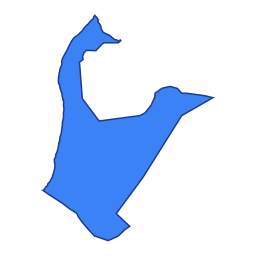 the district of Malgretoute, Soufrière, Saint Lucia
{"feature_id": "8701671B92996832063401", "entity_name": "Malgretoute", "entity_type": "district", "adm_level": 2, "iso_a3": "LCA", "parent_name": "Saint Lucia", "parent_adm1": "Soufrière", "projection": "albers", "projection_center": [-61.062, 13.843], "detail": "fine", "context": "isolated", "style": "filled", "palette": "blue", "viewbox_px": 256, "rotation_deg": 0, "n_neighbors": 0, "source": "geoboundaries", "source_scale": "gbopen_adm2", "svg_char_len": 3426}
<svg xmlns="http://www.w3.org/2000/svg" viewBox="0 0 256 256"><path d="M83.1,59.5L83.0,59.3L82.6,56.5L84.0,52.9L86.5,50.3L95.9,50.7L101.5,44.6L104.0,42.8L114.5,42.8L118.3,42.8L120.8,40.6L120.2,40.0L120.1,40.3L119.5,41.4L117.7,40.4L117.3,40.2L116.5,40.0L114.6,39.5L112.7,38.1L111.5,36.9L110.6,36.2L109.2,35.1L108.1,34.7L107.3,34.3L106.0,33.7L105.6,33.6L103.2,32.3L102.4,30.9L102.1,30.5L101.0,28.3L101.0,26.7L99.5,23.6L98.8,23.1L98.3,22.7L98.0,20.8L98.1,20.5L97.9,20.6L97.9,20.1L97.8,19.1L97.0,17.7L94.8,15.4L94.4,15.9L94.2,16.1L94.0,16.5L93.8,16.8L93.7,17.2L93.6,17.6L93.5,18.1L93.3,18.3L92.9,18.9L92.4,19.4L92.0,19.9L91.8,19.9L91.2,20.5L90.9,20.8L90.6,21.1L90.1,21.5L89.8,22.0L89.4,22.3L89.0,22.9L88.7,23.3L88.3,23.8L88.0,24.2L87.9,24.4L87.7,24.5L87.4,24.6L87.2,24.7L87.0,24.9L86.6,25.2L86.3,25.6L86.0,26.0L85.6,26.3L85.3,26.7L84.8,27.3L84.5,27.7L83.9,28.3L83.3,29.1L82.9,29.6L82.7,30.0L82.1,31.0L81.8,31.3L80.9,32.0L79.9,33.0L79.2,33.7L78.2,34.7L77.5,35.4L77.0,35.8L76.0,36.3L75.3,36.8L74.5,37.3L74.0,37.9L73.4,38.5L72.7,39.5L72.1,40.4L71.5,41.2L70.9,42.3L70.7,42.9L69.6,44.8L68.9,46.2L68.1,47.9L66.9,50.6L66.2,51.6L65.4,53.0L64.9,54.0L63.9,55.8L62.9,57.8L62.2,59.5L61.9,60.6L61.7,61.7L61.7,62.6L61.9,63.8L61.9,64.2L61.6,65.1L61.5,65.5L61.2,66.2L60.5,67.6L60.0,69.2L59.8,69.7L59.8,70.9L59.7,71.4L59.4,72.3L59.2,72.6L59.2,73.4L59.1,73.9L59.1,74.7L59.0,75.1L58.8,75.7L58.6,76.9L58.6,77.3L58.4,78.1L58.5,78.7L58.5,79.6L58.5,79.9L58.4,80.4L58.4,81.0L58.4,81.7L58.5,82.5L58.7,83.7L59.1,84.4L59.5,85.0L59.6,85.3L59.8,86.0L59.9,87.5L60.1,88.3L60.2,88.7L60.5,89.3L60.7,89.9L60.9,90.2L60.9,90.6L61.2,91.3L61.6,92.5L61.8,93.5L62.0,94.1L62.1,94.9L62.1,95.2L62.1,95.7L62.3,96.5L62.9,99.0L63.0,99.8L63.2,100.1L63.2,100.5L63.4,100.9L63.5,101.4L63.6,101.8L63.7,102.5L63.6,103.2L63.5,104.1L63.5,104.8L63.5,105.3L63.6,105.9L63.6,106.3L63.8,107.1L63.9,108.3L63.9,109.1L63.9,110.0L63.8,111.0L63.7,111.5L63.5,112.5L63.4,113.9L63.4,114.8L63.5,115.8L63.6,116.6L63.5,117.3L63.5,117.8L63.2,118.8L63.2,119.2L62.8,120.6L62.5,121.9L62.4,123.3L62.3,123.7L62.4,124.5L62.3,125.5L62.1,126.8L61.9,127.9L62.0,128.1L61.9,128.7L61.7,129.7L61.6,130.0L61.6,130.6L61.5,131.8L61.2,133.2L60.8,134.6L60.6,135.5L60.2,136.6L59.8,138.0L59.9,139.0L59.7,140.1L59.4,141.4L58.9,142.8L58.7,143.3L58.7,144.1L58.5,145.2L58.5,146.0L58.3,146.8L58.1,147.6L58.0,147.9L58.0,148.5L57.9,149.0L57.7,149.6L57.7,149.8L57.4,150.5L57.2,151.4L57.1,151.8L56.3,153.4L56.2,153.8L55.8,154.5L55.7,155.3L55.7,156.3L55.7,156.6L55.4,157.3L55.3,157.8L54.9,158.1L54.6,158.7L54.4,159.3L54.3,159.6L54.3,160.3L54.5,161.2L54.5,162.1L54.5,162.8L54.5,163.2L54.8,163.7L54.8,164.2L55.0,165.8L54.9,166.4L54.8,167.0L54.7,168.2L54.5,169.2L54.2,170.7L53.9,171.8L53.4,173.4L52.9,174.8L52.6,175.5L52.7,175.8L52.6,176.2L52.3,177.1L51.9,177.7L51.3,178.9L50.5,180.5L50.1,181.2L49.8,181.7L49.1,182.5L48.2,183.3L48.0,183.6L47.7,184.2L47.6,184.8L47.4,185.6L47.0,186.1L46.5,186.4L45.8,186.9L45.6,187.3L45.2,187.9L44.8,188.4L44.5,188.7L44.2,189.0L44.2,189.5L44.1,190.0L43.7,190.5L43.1,190.5L49.4,194.9L62.3,203.2L69.7,208.9L76.7,213.2L78.4,216.9L81.9,221.9L89.3,230.5L94.5,236.0L95.2,236.2L108.2,240.6L118.3,236.0L125.0,229.5L129.7,226.3L116.2,213.6L142.8,177.6L181.7,115.6L212.9,97.7L204.8,95.7L186.2,93.2L181.7,93.2L177.5,88.5L170.1,86.4L162.1,88.2L155.1,93.2L154.7,97.9L154.3,98.1L151.2,105.1L145.3,112.7L140.0,115.6L99.1,121.0L82.3,98.6L79.5,62.2L83.1,59.5Z" fill="#3b82f6" stroke="#1e3a8a" stroke-width="1.5"/></svg>